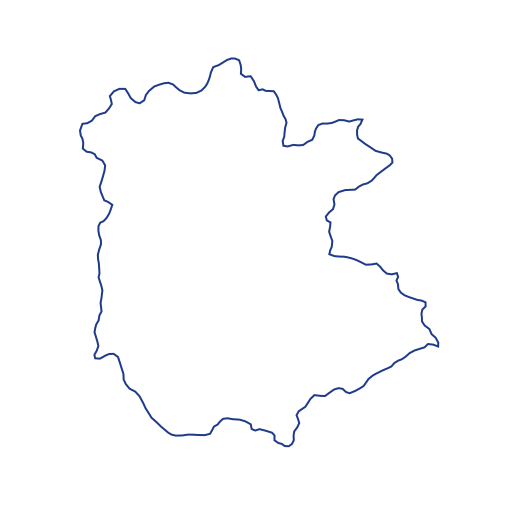 outline of Itaobim, Minas Gerais, Brazil, rotated 10°
{"feature_id": "56859067B61081448342892", "entity_name": "Itaobim", "entity_type": "district", "adm_level": 2, "iso_a3": "BRA", "parent_name": "Brazil", "parent_adm1": "Minas Gerais", "projection": "albers", "projection_center": [-41.522, -16.578], "detail": "fine", "context": "isolated", "style": "outline", "palette": "blue", "viewbox_px": 512, "rotation_deg": 10, "n_neighbors": 0, "source": "geoboundaries", "source_scale": "gbopen_adm2", "svg_char_len": 3919}
<svg xmlns="http://www.w3.org/2000/svg" viewBox="0 0 512 512"><g transform="rotate(10 256 256)"><path d="M337.1,103.2L332.6,103.7L328.7,105.4L324.5,107.4L319.0,107.0L314.1,107.7L311.1,109.7L307.6,111.8L302.9,113.3L298.4,114.0L294.7,116.2L293.0,119.9L292.4,123.4L292.5,127.3L291.2,131.8L286.8,134.7L283.2,138.5L278.5,139.7L273.4,140.1L268.2,142.6L263.9,142.7L262.3,138.1L263.1,133.6L262.7,129.5L262.4,124.6L262.9,119.5L261.4,116.2L258.8,113.1L256.3,108.9L254.3,106.0L252.2,101.1L250.1,96.6L247.9,93.7L245.0,90.7L240.9,91.1L236.9,91.7L233.6,90.7L229.8,92.3L226.7,89.2L223.7,84.3L219.5,79.9L214.1,81.5L209.5,79.2L209.0,74.8L207.9,70.9L205.4,66.2L201.1,65.2L197.5,65.7L193.4,68.0L189.4,71.6L186.1,74.5L181.1,77.4L179.7,83.1L179.5,86.8L179.0,90.5L178.0,94.8L176.5,98.3L173.5,102.5L169.0,105.7L163.5,107.2L157.0,107.6L151.9,106.0L147.9,103.7L144.6,101.5L139.7,100.6L135.3,101.9L130.7,104.2L126.3,106.8L121.9,112.1L119.6,116.6L118.9,122.0L114.9,125.8L110.6,125.4L105.3,122.3L102.0,118.2L98.2,114.1L92.4,115.1L87.5,118.5L84.3,123.9L86.2,127.8L87.6,131.4L85.8,135.8L82.8,140.9L77.6,143.4L73.4,146.2L70.8,151.3L66.8,154.5L62.1,156.0L60.9,163.0L62.5,167.8L64.8,170.8L66.3,174.8L66.8,180.3L71.0,182.7L75.8,182.6L79.5,183.8L82.1,187.0L88.1,188.7L91.7,192.9L92.0,198.3L91.5,203.8L90.8,209.7L90.0,215.0L92.0,219.8L94.9,224.4L96.9,227.5L101.1,228.5L105.6,230.6L104.8,235.7L104.0,239.9L102.2,244.5L99.8,248.2L96.8,250.2L95.7,253.9L96.4,258.6L98.1,263.1L100.5,267.3L101.3,271.5L100.5,276.6L100.0,282.1L101.1,286.8L102.5,290.5L103.8,295.8L104.9,300.5L104.7,304.4L106.8,308.4L109.0,312.5L110.7,316.6L111.1,323.8L111.1,329.3L112.4,333.6L113.5,337.4L112.1,341.7L112.2,346.7L110.5,351.3L110.2,354.9L110.2,359.1L112.2,363.0L114.5,367.5L116.4,372.0L115.6,376.9L114.0,381.4L115.4,384.7L120.1,384.2L125.0,380.2L128.6,377.9L132.9,377.1L137.6,379.4L140.2,384.2L143.0,389.6L145.9,395.1L147.1,400.6L150.0,404.7L154.5,408.6L160.6,410.5L165.4,414.1L168.4,417.8L170.8,420.9L173.6,425.0L177.7,429.5L181.3,433.5L185.4,436.0L188.8,438.2L192.1,440.5L195.9,442.7L200.4,445.3L204.0,446.6L208.2,446.8L214.3,445.6L220.1,443.7L225.0,442.9L230.3,442.3L236.7,441.3L241.6,439.1L243.0,435.2L244.2,431.3L247.5,428.6L249.2,425.4L251.8,422.1L255.9,420.8L261.9,420.7L268.3,420.0L274.4,420.7L280.1,422.7L281.8,427.2L285.6,428.0L289.5,425.9L295.0,426.3L302.4,427.2L305.4,429.5L306.2,434.3L310.5,436.3L314.1,436.6L317.3,438.2L321.4,437.6L324.1,434.8L325.2,430.8L324.2,426.4L324.1,422.1L326.3,417.8L327.6,413.1L325.8,409.4L323.6,405.8L325.0,401.5L328.0,398.6L330.7,396.0L332.7,391.5L334.4,387.3L337.6,382.9L344.1,382.5L348.3,381.9L352.0,378.0L356.1,373.9L360.3,371.8L364.4,371.8L368.2,374.3L372.0,374.9L377.2,371.6L381.3,368.3L384.5,365.4L386.4,361.4L388.2,357.5L391.6,353.6L394.3,351.3L397.6,348.9L400.4,346.8L404.7,344.0L408.5,341.3L410.8,337.4L414.3,334.3L417.5,332.4L420.9,329.1L424.1,325.0L428.6,321.5L433.9,318.7L437.8,316.7L440.7,312.8L445.9,312.5L451.1,313.5L450.5,309.6L447.0,305.2L442.5,302.5L439.4,297.8L434.1,295.1L430.9,291.7L430.1,288.0L429.0,284.3L429.1,279.9L431.8,276.2L431.0,272.2L427.2,271.2L422.3,271.2L418.5,270.6L413.8,269.9L409.1,268.9L405.0,266.9L402.0,263.9L400.7,259.2L398.6,255.7L399.6,251.9L397.7,248.4L392.9,250.5L387.9,250.6L383.8,248.2L380.1,245.0L376.1,242.5L371.1,244.3L365.7,245.5L360.5,243.9L355.5,242.5L350.7,241.7L346.3,241.4L342.8,241.4L338.9,242.0L333.3,242.5L327.9,241.5L328.1,237.5L329.0,233.7L328.6,228.0L326.0,223.5L323.8,219.4L323.9,214.3L323.5,210.0L319.5,208.6L317.9,205.0L320.4,200.4L323.7,196.5L324.3,191.6L322.5,186.5L323.3,182.6L326.3,178.7L332.4,175.6L337.2,174.5L342.1,173.4L345.4,169.7L348.9,167.0L353.2,165.0L357.0,161.5L358.9,158.5L360.7,155.4L364.3,151.5L368.3,147.2L372.0,143.4L374.1,140.3L373.2,136.6L370.3,133.8L367.1,132.5L361.9,132.3L355.5,131.7L349.8,129.1L344.1,126.7L340.1,124.6L336.0,122.6L334.5,119.0L333.7,114.8L334.1,111.1L336.0,107.8L337.1,103.2Z" fill="none" stroke="#1e3a8a" stroke-width="2"/></g></svg>